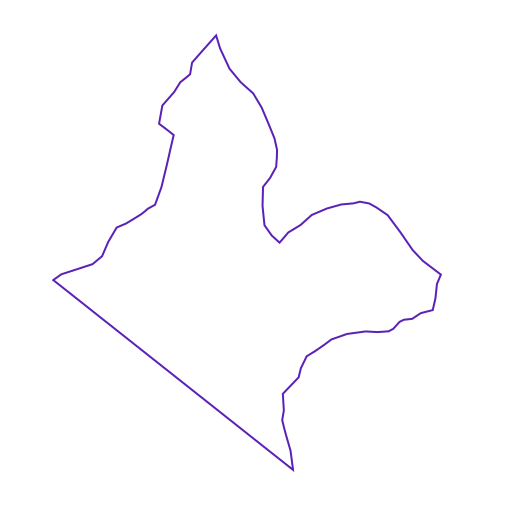 outline of Biltine, Wadi Fira, Chad, rotated 309°
{"feature_id": "50815135B98948114650625", "entity_name": "Biltine", "entity_type": "district", "adm_level": 2, "iso_a3": "TCD", "parent_name": "Chad", "parent_adm1": "Wadi Fira", "projection": "mercator", "projection_center": [20.967, 14.969], "detail": "fine", "context": "isolated", "style": "outline", "palette": "violet", "viewbox_px": 512, "rotation_deg": 309, "n_neighbors": 0, "source": "geoboundaries", "source_scale": "gbopen_adm2", "svg_char_len": 1389}
<svg xmlns="http://www.w3.org/2000/svg" viewBox="0 0 512 512"><g transform="rotate(309 256 256)"><path d="M113.1,419.4L113.3,419.2L126.3,405.5L129.2,401.4L135.4,392.5L139.5,386.8L145.0,379.6L153.4,374.9L165.8,363.6L188.6,365.5L197.0,361.5L210.0,358.5L219.9,362.0L229.9,364.9L238.6,367.1L252.7,375.8L266.4,388.7L273.4,398.4L281.0,406.5L285.8,408.5L295.1,409.0L298.4,410.5L299.5,411.0L305.4,416.9L312.1,419.0L315.2,420.0L317.3,421.5L325.2,427.4L336.0,422.1L348.2,414.2L357.9,411.4L357.2,388.7L359.2,374.0L365.2,353.7L370.6,332.6L369.5,319.0L368.1,311.0L363.6,302.6L358.1,298.5L349.8,289.9L337.5,281.2L323.0,273.5L308.1,271.1L294.7,266.3L281.2,265.9L281.8,255.5L285.2,243.3L290.9,237.6L299.1,229.5L314.1,218.0L325.6,217.8L337.9,215.6L345.7,210.2L351.7,205.6L359.0,196.4L366.6,182.6L374.9,167.0L380.6,151.5L380.9,145.3L381.1,140.6L381.4,134.8L384.9,117.5L390.5,106.1L394.7,97.5L402.3,86.2L381.3,85.2L366.1,84.6L360.4,87.8L355.8,90.4L353.0,89.9L343.4,87.8L332.0,89.2L314.0,88.5L311.7,89.8L297.8,97.4L297.8,98.6L298.1,107.0L298.2,115.9L282.2,123.7L277.2,126.2L270.0,129.7L252.5,138.0L250.2,139.1L232.3,145.3L224.7,142.2L224.4,142.1L224.1,142.1L221.1,141.6L216.2,140.5L207.9,137.6L201.2,135.2L199.5,134.6L196.9,133.2L190.4,129.8L173.9,132.3L159.0,136.5L146.8,134.1L119.4,116.3L109.9,113.6L109.7,113.6L109.9,128.6L112.2,337.3L113.1,419.4Z" fill="none" stroke="#5b21b6" stroke-width="2"/></g></svg>